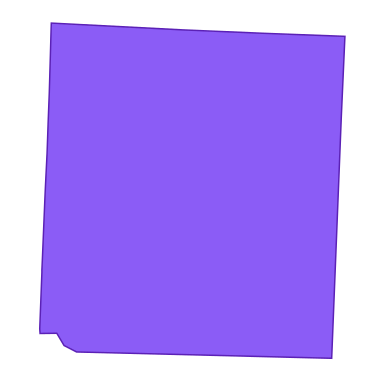 outline of Cass, Michigan, United States of America, rotated 92°
{"feature_id": "52423323B82095685112080", "entity_name": "Cass", "entity_type": "district", "adm_level": 2, "iso_a3": "USA", "parent_name": "United States of America", "parent_adm1": "Michigan", "projection": "albers", "projection_center": [-86.005, 41.915], "detail": "fine", "context": "isolated", "style": "filled", "palette": "violet", "viewbox_px": 384, "rotation_deg": 92, "n_neighbors": 0, "source": "geoboundaries", "source_scale": "gbopen_adm2", "svg_char_len": 458}
<svg xmlns="http://www.w3.org/2000/svg" viewBox="0 0 384 384"><g transform="rotate(92 192 192)"><path d="M143.2,338.2L158.3,338.2L193.3,338.7L204.8,338.8L265.5,339.2L275.2,339.3L277.3,339.2L334.1,339.4L338.7,338.9L337.9,322.2L349.9,314.5L355.9,301.8L353.3,46.6L111.6,45.4L31.1,44.6L30.9,126.6L30.3,207.6L28.1,338.5L34.1,338.5L61.4,338.3L97.2,338.1L98.9,338.1L99.2,338.1L126.4,338.2L143.2,338.2Z" fill="#8b5cf6" stroke="#5b21b6" stroke-width="1.5"/></g></svg>